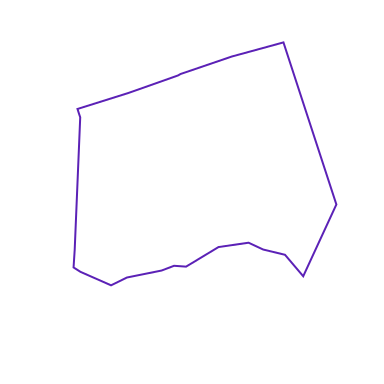 Cooper, Missouri, United States of America (Natural Earth projection), rotated 160°
{"feature_id": "52423323B25598587831507", "entity_name": "Cooper", "entity_type": "district", "adm_level": 2, "iso_a3": "USA", "parent_name": "United States of America", "parent_adm1": "Missouri", "projection": "natural_earth1", "projection_center": [-92.772, 38.872], "detail": "fine", "context": "isolated", "style": "outline", "palette": "violet", "viewbox_px": 384, "rotation_deg": 160, "n_neighbors": 0, "source": "geoboundaries", "source_scale": "gbopen_adm2", "svg_char_len": 449}
<svg xmlns="http://www.w3.org/2000/svg" viewBox="0 0 384 384"><g transform="rotate(160 192 192)"><path d="M54.9,301.3L108.3,305.7L162.4,306.8L165.2,306.3L217.7,306.8L271.2,309.2L271.4,304.4L271.5,300.4L322.0,177.8L329.1,161.6L324.1,155.1L300.0,132.0L282.4,133.9L247.4,128.6L234.1,128.8L223.1,123.9L185.9,131.2L156.2,125.0L144.8,113.6L126.1,101.2L116.3,74.8L60.6,130.9L59.7,157.9L54.9,301.3Z" fill="none" stroke="#5b21b6" stroke-width="2"/></g></svg>